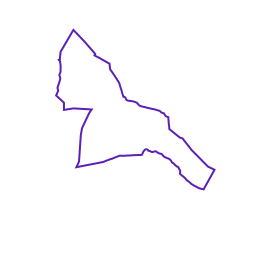 Al Kurmuk, Blue Nile, Sudan (Mercator projection), rotated 299°
{"feature_id": "16777658B11118605799379", "entity_name": "Al Kurmuk", "entity_type": "district", "adm_level": 2, "iso_a3": "SDN", "parent_name": "Sudan", "parent_adm1": "Blue Nile", "projection": "mercator", "projection_center": [34.082, 10.395], "detail": "fine", "context": "isolated", "style": "outline", "palette": "violet", "viewbox_px": 256, "rotation_deg": 299, "n_neighbors": 0, "source": "geoboundaries", "source_scale": "gbopen_adm2", "svg_char_len": 3077}
<svg xmlns="http://www.w3.org/2000/svg" viewBox="0 0 256 256"><g transform="rotate(299 128 128)"><path d="M175.3,80.6L175.3,80.1L175.3,74.9L175.4,69.1L175.2,63.5L176.9,63.4L182.3,48.6L187.3,32.7L162.0,32.1L156.1,34.5L154.9,35.3L154.0,34.5L153.3,36.2L150.5,38.4L149.4,39.1L148.8,39.5L148.3,39.7L144.3,41.8L141.0,42.3L139.8,43.5L138.8,44.5L138.2,45.0L137.6,45.1L128.8,46.9L126.9,48.9L121.6,49.4L119.1,59.7L112.8,63.2L118.7,70.8L126.6,87.2L122.0,86.8L105.5,87.9L98.8,90.2L75.0,101.4L71.5,101.7L68.7,101.9L72.7,106.6L86.6,123.2L87.1,123.4L92.9,128.3L93.0,128.6L97.1,131.9L99.9,134.3L100.4,135.4L101.6,137.7L107.3,146.7L109.4,150.2L110.3,151.8L110.5,152.2L111.0,152.7L111.2,153.1L111.7,153.1L112.6,153.1L113.5,153.0L114.4,152.9L115.5,153.0L116.4,153.1L117.3,153.4L118.0,153.9L118.4,154.5L118.6,155.4L118.4,156.1L118.2,156.5L118.0,156.8L118.2,157.7L118.3,158.2L118.5,158.6L118.5,159.9L118.5,160.5L119.0,161.2L119.7,162.0L120.5,162.8L120.9,163.3L121.1,163.8L121.1,164.5L120.9,165.2L120.8,165.9L120.9,167.1L121.0,168.1L121.3,168.9L121.5,169.6L121.5,170.4L121.3,171.0L120.9,171.6L120.6,172.9L120.4,173.6L120.4,174.2L120.3,174.6L120.5,175.2L120.6,175.8L120.5,176.4L120.5,176.8L120.7,177.5L120.9,177.9L120.9,178.8L120.8,179.9L120.4,181.2L119.9,182.2L119.5,182.8L119.2,183.2L119.1,183.6L119.2,184.3L119.1,185.2L118.9,185.9L118.6,186.6L118.3,187.8L118.2,188.5L118.0,189.2L118.0,189.5L118.3,190.3L118.0,191.1L117.9,191.5L117.4,191.9L117.0,192.4L116.8,193.0L116.6,193.3L116.3,193.7L116.1,194.1L115.7,194.5L115.1,194.7L114.7,195.0L114.0,195.2L113.6,195.3L113.4,195.6L113.2,195.8L112.9,196.4L112.9,196.9L112.8,197.5L112.6,198.2L112.4,199.4L112.2,200.5L112.1,201.2L111.9,201.9L111.7,202.5L111.1,204.0L110.9,204.6L110.7,205.7L110.7,206.7L110.3,208.3L110.2,209.4L109.9,210.1L109.7,210.6L109.7,211.1L109.8,211.6L109.7,212.9L109.6,213.4L109.7,215.0L109.8,216.0L109.7,218.1L109.7,218.9L109.9,219.7L110.5,222.3L110.9,223.2L111.0,223.5L111.0,223.9L112.2,223.9L112.4,223.9L112.7,223.9L112.9,223.9L113.5,223.9L115.4,223.9L116.5,223.9L119.4,223.9L119.6,223.9L122.6,223.9L123.5,223.9L125.5,223.9L128.1,223.9L130.0,223.9L131.1,223.9L132.9,223.9L133.0,223.9L133.4,223.9L133.2,220.0L133.0,216.7L133.7,214.4L134.8,210.6L135.0,209.7L136.1,206.3L138.7,197.3L139.2,195.5L139.6,194.1L140.5,192.2L141.8,189.1L144.3,183.1L145.2,181.2L145.3,180.6L144.8,178.0L144.9,177.2L145.2,175.4L145.8,172.0L147.1,164.7L147.7,164.2L149.6,163.1L151.2,161.8L153.8,160.1L154.2,159.8L154.5,159.6L157.0,158.0L156.9,157.5L156.7,156.1L156.7,155.1L157.1,154.2L157.5,153.7L157.9,152.9L158.2,152.2L157.7,149.9L157.9,149.2L158.1,148.5L158.3,147.3L158.1,146.4L157.9,145.5L157.7,144.5L157.1,141.8L156.8,141.1L155.6,137.1L154.2,131.8L154.0,131.4L153.2,127.9L153.3,126.7L154.4,123.3L154.3,122.7L154.1,121.1L153.7,119.4L153.1,117.6L152.1,115.3L151.7,113.4L152.2,112.4L153.1,111.2L153.4,110.7L153.5,109.5L153.1,108.9L153.4,108.5L153.9,108.0L154.5,107.3L155.6,106.1L158.6,103.3L158.7,103.0L163.0,98.6L163.4,98.1L163.8,97.3L164.8,95.4L167.4,90.6L170.5,84.3L170.8,83.8L173.8,81.7L175.3,80.6Z" fill="none" stroke="#5b21b6" stroke-width="2"/></g></svg>